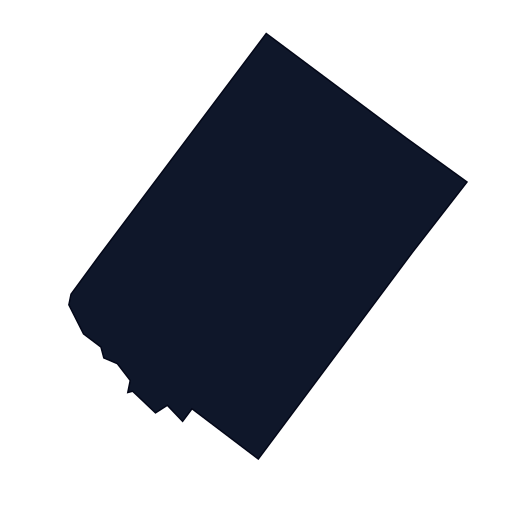 outline of Perry, Illinois, United States of America, rotated 126°
{"feature_id": "52423323B20908268327084", "entity_name": "Perry", "entity_type": "district", "adm_level": 2, "iso_a3": "USA", "parent_name": "United States of America", "parent_adm1": "Illinois", "projection": "robinson", "projection_center": [-89.23, 38.085], "detail": "fine", "context": "isolated", "style": "filled", "palette": "ink", "viewbox_px": 512, "rotation_deg": 126, "n_neighbors": 0, "source": "geoboundaries", "source_scale": "gbopen_adm2", "svg_char_len": 408}
<svg xmlns="http://www.w3.org/2000/svg" viewBox="0 0 512 512"><g transform="rotate(126 256 256)"><path d="M418.9,134.8L160.4,131.6L72.1,128.8L72.3,204.3L70.0,378.5L348.7,383.0L395.6,383.2L405.5,378.7L420.4,349.7L420.8,327.9L427.9,319.2L424.6,304.9L430.6,284.6L441.8,279.5L437.9,276.3L442.0,245.1L428.9,240.0L432.9,218.2L417.2,218.0L418.9,134.8Z" fill="#0f172a" stroke="#020617" stroke-width="1.5"/></g></svg>